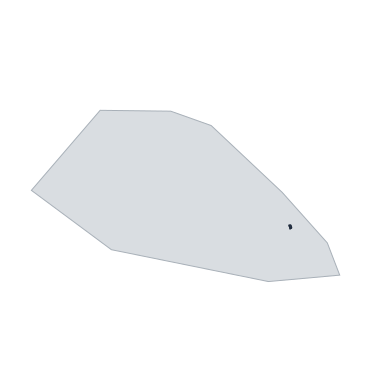 Union Terrace, Gros Islet, Saint Lucia (highlighted), rotated 99°
{"feature_id": "8701671B11506413614658", "entity_name": "Union Terrace", "entity_type": "district", "adm_level": 2, "iso_a3": "LCA", "parent_name": "Saint Lucia", "parent_adm1": "Gros Islet", "projection": "albers", "projection_center": [-60.956, 14.027], "detail": "fine", "context": "in_parent", "style": "filled", "palette": "slate", "viewbox_px": 384, "rotation_deg": 99, "n_neighbors": 0, "source": "geoboundaries", "source_scale": "gbopen_adm2", "svg_char_len": 735}
<svg xmlns="http://www.w3.org/2000/svg" viewBox="0 0 384 384"><g transform="rotate(99 192 192)"><path d="M261.6,262.6L215.5,350.9L125.7,295.5L115.5,225.7L123.4,183.4L178.3,102.8L221.1,50.4L251.0,33.1L268.5,102.6L261.6,262.6Z" fill="#d9dde1" stroke="#a8b0b8" stroke-width="1"/><path d="M213.0,89.5L213.0,89.4L212.9,89.4L212.7,89.1L212.5,88.9L212.4,88.8L212.4,88.7L212.3,88.4L212.2,88.2L211.9,88.2L211.7,88.2L211.6,88.3L211.4,88.3L211.3,88.2L210.5,88.6L210.0,88.8L209.6,89.0L209.3,89.4L209.2,89.6L209.3,90.0L209.4,90.3L209.5,90.8L209.7,91.0L210.0,90.9L210.3,90.9L210.5,90.7L210.7,90.4L210.8,90.3L211.0,90.1L211.4,90.0L211.6,89.9L212.0,89.8L212.5,89.7L213.0,89.5L213.0,89.5Z" fill="#64748b" stroke="#1e293b" stroke-width="1.5"/></g></svg>